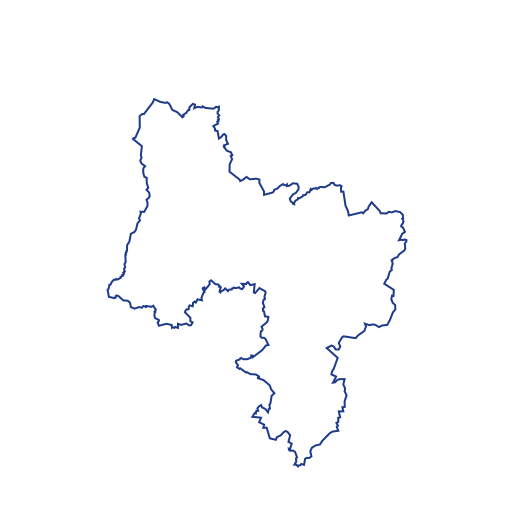 Castlecomer Lea-6, Kilkenny, Ireland (Mercator projection), rotated 46°
{"feature_id": "5873133B64283034933999", "entity_name": "Castlecomer Lea-6", "entity_type": "district", "adm_level": 2, "iso_a3": "IRL", "parent_name": "Ireland", "parent_adm1": "Kilkenny", "projection": "mercator", "projection_center": [-7.296, 52.74], "detail": "fine", "context": "isolated", "style": "outline", "palette": "blue", "viewbox_px": 512, "rotation_deg": 46, "n_neighbors": 0, "source": "geoboundaries", "source_scale": "gbopen_adm2", "svg_char_len": 6148}
<svg xmlns="http://www.w3.org/2000/svg" viewBox="0 0 512 512"><g transform="rotate(46 256 256)"><path d="M74.6,242.6L82.9,250.4L87.1,260.6L86.2,262.0L86.3,263.2L97.7,261.8L103.7,269.0L105.7,269.9L106.9,272.9L109.7,274.1L114.4,273.4L114.6,275.8L115.3,277.0L118.3,279.6L121.6,281.3L123.8,280.3L127.5,283.8L132.1,286.2L132.3,288.8L136.1,288.8L139.1,290.8L139.7,292.9L139.5,295.7L142.3,297.0L144.6,299.3L146.6,305.8L143.9,308.3L145.5,309.4L147.7,314.0L149.8,314.8L150.2,318.5L153.8,324.2L154.3,326.7L153.1,330.6L157.8,337.3L158.7,341.3L162.4,344.9L162.4,345.9L163.2,346.2L163.1,347.4L164.7,348.5L164.5,349.3L169.7,353.9L170.5,356.3L173.1,357.8L173.7,360.0L175.8,361.0L175.6,361.9L176.3,362.3L175.9,363.1L177.0,363.3L177.4,364.3L176.8,365.2L177.7,365.5L176.9,367.8L177.7,368.5L176.8,371.8L175.4,372.6L175.7,373.4L174.3,374.8L174.5,377.9L175.5,380.5L174.9,381.6L177.1,384.7L177.2,386.2L183.2,390.2L188.1,387.0L188.4,385.7L187.5,385.1L187.4,384.0L189.0,382.8L195.8,382.3L199.1,379.3L202.1,379.1L206.0,381.5L209.6,379.8L211.5,375.6L213.9,374.0L213.7,371.9L215.7,370.6L216.9,371.0L215.7,369.7L220.0,366.4L220.4,364.5L225.1,365.4L225.6,367.6L226.4,367.4L226.4,368.3L228.6,370.8L230.7,371.7L234.3,370.3L235.3,370.9L235.5,372.9L238.7,374.3L242.6,367.5L247.0,364.6L249.2,366.2L249.2,365.4L251.0,364.7L250.9,363.4L253.5,362.1L250.6,359.2L253.5,357.8L256.2,353.0L259.6,352.3L260.6,350.8L259.7,347.7L257.2,348.5L254.9,346.1L247.1,346.2L246.3,344.6L246.2,343.0L247.5,341.5L245.6,339.3L245.4,338.1L248.2,336.4L245.9,333.7L246.2,331.7L247.7,331.6L246.5,328.2L250.3,325.7L248.2,324.3L245.9,319.1L246.2,318.2L242.2,316.8L242.6,315.0L244.9,315.7L244.2,309.0L242.0,307.2L242.3,305.2L248.1,304.8L250.2,303.0L252.2,302.9L252.5,303.9L254.0,303.1L256.3,307.0L257.5,306.9L257.0,305.8L258.0,303.3L257.9,300.6L261.8,300.6L261.5,298.7L263.2,296.7L262.8,295.5L263.6,294.5L263.3,294.0L265.3,292.6L266.8,289.9L268.6,290.0L270.3,288.9L269.6,285.7L266.2,285.5L269.4,282.5L268.8,280.8L269.3,279.9L273.0,280.4L275.3,276.5L280.7,282.9L282.0,282.4L281.5,275.8L287.8,273.9L289.1,274.6L291.1,278.1L293.2,279.5L292.7,280.7L294.3,283.5L298.7,285.5L298.5,287.5L300.6,289.1L301.5,288.7L305.6,291.5L308.4,289.4L310.6,292.3L311.2,294.2L310.7,301.1L313.1,302.0L314.0,303.3L313.6,304.9L316.8,308.6L318.6,308.8L320.4,307.1L322.4,306.8L328.7,308.9L327.3,311.0L328.0,317.0L326.6,328.4L325.6,327.6L324.3,328.4L325.6,330.4L324.2,333.9L321.3,336.9L319.0,337.6L318.7,338.6L319.1,339.6L317.5,343.0L318.3,344.3L322.1,344.8L322.8,347.0L325.8,346.3L325.8,345.4L332.9,344.1L333.0,343.4L337.2,342.0L341.1,338.4L344.8,337.5L345.7,338.2L344.5,339.9L350.4,336.8L358.4,336.0L362.7,337.8L367.5,338.1L367.4,341.8L372.0,348.0L372.4,349.8L375.5,352.0L375.0,353.1L376.8,356.0L372.5,355.5L369.1,356.8L366.8,355.9L366.2,358.9L366.6,360.9L368.9,362.0L367.7,363.5L369.2,365.5L368.1,366.1L369.2,370.3L375.8,364.7L377.8,369.2L383.0,367.3L384.7,370.1L386.9,367.6L396.8,372.7L402.0,369.4L400.8,366.9L402.2,362.7L401.9,358.4L402.6,356.2L404.5,355.5L408.7,356.0L412.3,361.8L415.8,360.7L418.4,365.5L417.3,366.2L418.3,366.9L419.5,366.9L421.6,364.6L424.0,364.0L429.3,366.3L429.4,367.9L431.7,369.6L432.8,373.3L433.9,372.0L436.4,372.0L436.0,371.2L437.3,369.6L437.1,367.9L439.6,366.5L436.0,361.6L436.4,359.9L438.4,357.8L438.6,355.3L434.2,352.6L432.7,348.8L433.8,344.5L436.0,340.9L435.0,336.6L434.7,325.8L435.5,322.9L438.9,318.2L434.9,316.5L435.0,314.9L431.9,314.1L432.5,312.0L429.5,309.3L430.5,307.6L425.3,304.4L428.4,301.1L424.8,298.9L426.2,297.0L422.1,293.2L419.1,287.6L414.9,286.2L413.2,283.9L409.1,282.5L406.1,277.8L402.6,281.4L401.7,283.5L401.7,287.0L400.6,288.6L398.4,282.1L393.6,284.0L391.9,281.6L391.2,278.5L386.0,268.0L371.3,269.1L372.9,263.8L375.5,262.9L378.4,263.7L380.7,261.6L379.7,258.3L376.1,256.9L374.3,250.7L374.6,248.8L384.3,241.4L384.0,237.3L385.2,230.2L382.9,225.6L380.4,224.7L384.8,222.2L386.1,219.8L388.4,218.0L392.6,216.9L393.5,213.7L396.7,209.5L395.1,204.2L391.7,196.8L391.2,192.8L387.8,189.9L384.8,190.2L381.2,188.8L379.0,185.7L380.3,184.9L376.1,180.4L365.0,183.0L363.6,178.7L363.7,176.9L360.2,170.7L360.4,168.0L359.1,167.4L356.4,162.9L353.5,161.5L353.9,161.0L353.3,160.5L353.9,157.3L355.1,155.0L354.2,151.9L355.1,145.7L354.4,143.5L350.4,140.3L349.8,137.4L349.0,136.7L347.4,137.6L346.7,139.3L345.2,140.1L344.0,142.1L341.6,135.4L342.1,132.1L337.6,130.5L335.7,131.0L334.9,130.3L334.5,127.4L333.3,125.6L330.8,124.9L331.1,124.1L328.4,121.8L324.6,121.8L320.4,124.6L319.1,127.9L316.4,129.9L316.2,132.4L311.9,136.6L309.2,135.7L297.7,135.5L298.7,140.6L300.0,143.0L299.3,146.1L299.8,149.1L298.1,149.5L291.3,161.1L287.5,158.6L281.9,156.6L270.4,148.4L268.9,150.1L265.8,147.3L265.3,146.0L263.6,146.3L261.6,148.9L259.5,150.1L257.1,149.5L255.6,151.4L255.9,153.2L254.3,158.8L251.3,161.4L250.5,162.8L250.9,163.6L249.9,164.9L250.1,165.4L248.7,165.6L248.9,166.3L247.3,167.7L247.0,169.6L246.0,169.9L246.8,170.6L246.2,171.0L247.3,173.4L245.8,174.8L246.4,178.1L245.0,179.9L245.5,181.1L244.6,184.7L243.5,185.5L244.3,186.7L243.6,189.2L244.3,191.8L245.2,192.5L244.4,192.8L244.8,193.7L243.7,192.6L240.8,193.1L238.2,191.8L237.4,186.8L238.3,183.2L237.5,179.1L236.0,177.3L232.7,176.2L229.4,178.8L228.6,183.3L227.2,185.2L226.0,184.1L225.9,185.3L224.5,186.5L223.1,186.5L222.2,190.0L222.3,193.9L221.0,196.9L222.0,198.5L221.8,200.2L217.6,207.7L215.1,205.4L205.7,202.8L203.4,200.4L200.8,201.9L196.5,207.2L192.5,207.9L192.0,212.9L191.1,215.3L189.7,214.7L177.0,216.5L171.7,211.2L169.8,206.0L166.4,204.6L167.0,203.0L163.8,202.0L160.2,203.8L155.4,203.4L155.6,202.7L154.1,202.2L155.8,198.2L151.8,196.9L149.0,194.1L146.4,193.9L145.8,195.1L146.3,198.3L145.8,201.1L139.3,196.8L137.3,198.3L135.9,197.0L132.9,196.4L134.4,191.4L132.5,190.6L132.8,189.1L131.7,188.9L131.8,187.5L129.7,187.1L129.3,184.8L126.9,184.7L125.7,183.6L125.4,181.6L122.8,178.9L122.1,180.6L120.9,181.1L120.8,183.5L119.9,184.8L114.2,189.6L111.4,190.4L111.8,191.2L110.6,192.6L108.1,194.4L106.8,197.7L104.8,194.7L102.7,195.7L102.8,200.6L104.6,202.5L103.9,203.2L104.6,206.8L103.9,210.4L105.2,210.9L105.1,212.6L98.0,212.7L92.7,214.7L86.4,212.7L83.6,213.2L82.9,214.9L78.4,217.9L72.4,220.3L73.9,223.6L76.0,238.0L74.7,239.5L74.6,242.6Z" fill="none" stroke="#1e3a8a" stroke-width="2"/></g></svg>